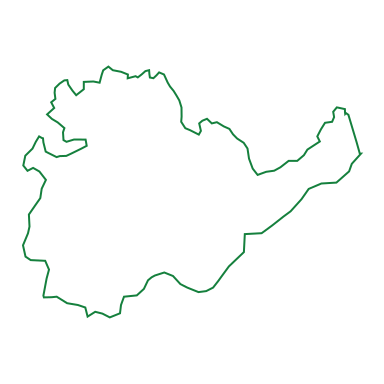 the district of Kios, Paphos, Cyprus
{"feature_id": "46923920B64078224121545", "entity_name": "Kios", "entity_type": "district", "adm_level": 2, "iso_a3": "CYP", "parent_name": "Cyprus", "parent_adm1": "Paphos", "projection": "robinson", "projection_center": [32.529, 34.971], "detail": "fine", "context": "isolated", "style": "outline", "palette": "green", "viewbox_px": 384, "rotation_deg": 0, "n_neighbors": 0, "source": "geoboundaries", "source_scale": "gbopen_adm2", "svg_char_len": 2031}
<svg xmlns="http://www.w3.org/2000/svg" viewBox="0 0 384 384"><path d="M336.8,107.4L333.2,111.8L334.1,117.1L332.1,121.8L325.0,122.8L320.9,129.4L317.3,136.4L319.8,141.5L313.2,145.8L307.4,149.6L303.9,155.2L297.2,160.9L288.6,160.9L280.4,167.3L274.2,170.7L266.2,171.8L257.6,174.9L252.7,168.6L249.0,158.6L247.5,148.5L243.7,142.8L237.1,138.5L233.0,134.3L229.4,128.9L223.8,126.4L216.9,122.2L211.8,123.4L207.0,118.8L202.4,120.7L199.2,123.4L200.9,130.9L198.8,134.6L189.9,130.1L185.3,128.2L181.2,121.8L181.6,116.7L181.5,107.5L179.3,100.4L176.4,95.4L173.6,90.9L170.0,86.5L167.7,82.6L164.0,74.5L159.1,72.4L156.4,75.4L153.4,78.2L149.9,77.5L149.4,74.1L149.1,70.2L145.4,71.1L141.8,74.3L137.8,77.4L135.6,76.2L127.7,78.3L127.9,74.5L121.1,71.8L112.8,70.2L108.4,66.6L103.2,70.3L101.7,74.8L99.6,82.7L93.4,81.5L83.8,81.9L83.8,89.2L76.2,95.2L72.5,90.7L68.3,84.6L67.3,80.1L64.3,80.4L59.6,83.6L55.1,88.0L54.6,92.7L55.4,98.9L51.2,102.3L54.2,108.0L47.1,114.4L51.9,118.9L57.7,122.4L64.4,128.1L63.0,132.3L63.5,140.1L66.5,141.8L74.1,139.5L85.6,139.6L86.7,145.8L81.4,148.6L71.2,153.6L66.3,155.9L59.8,156.1L56.6,157.1L48.6,153.1L45.7,151.6L43.4,142.4L43.0,138.3L41.9,138.0L39.1,136.4L35.8,141.8L32.5,148.6L25.3,155.7L23.3,165.5L27.5,170.8L33.1,167.9L39.4,171.5L45.9,179.9L41.7,188.7L40.3,198.1L35.4,205.1L28.9,214.5L29.5,226.6L28.0,233.3L23.0,245.3L25.5,256.6L30.7,260.1L45.2,260.8L49.0,269.6L46.6,278.5L43.4,295.6L43.9,297.4L51.8,297.2L56.7,296.7L67.1,303.2L77.9,305.0L85.3,307.5L87.6,316.6L95.2,311.8L102.4,313.6L109.8,317.4L120.0,313.3L121.0,305.0L124.0,296.7L136.8,295.4L143.9,288.9L148.0,280.3L151.6,277.3L154.9,275.5L164.3,272.5L173.0,276.0L180.4,284.1L187.3,287.6L198.5,292.1L206.2,291.1L213.1,287.6L218.4,280.8L221.5,276.5L228.9,266.4L243.9,252.1L244.8,234.1L261.6,233.2L272.0,225.6L283.3,216.7L290.6,211.3L301.5,199.2L308.7,188.9L321.4,183.5L336.4,182.6L349.1,171.4L351.8,163.8L361.0,153.6L359.8,153.6L356.6,142.2L348.4,114.8L345.8,113.0L345.2,113.8L345.0,112.3L344.9,109.1L338.4,107.7L336.8,107.4Z" fill="none" stroke="#15803d" stroke-width="2"/></svg>